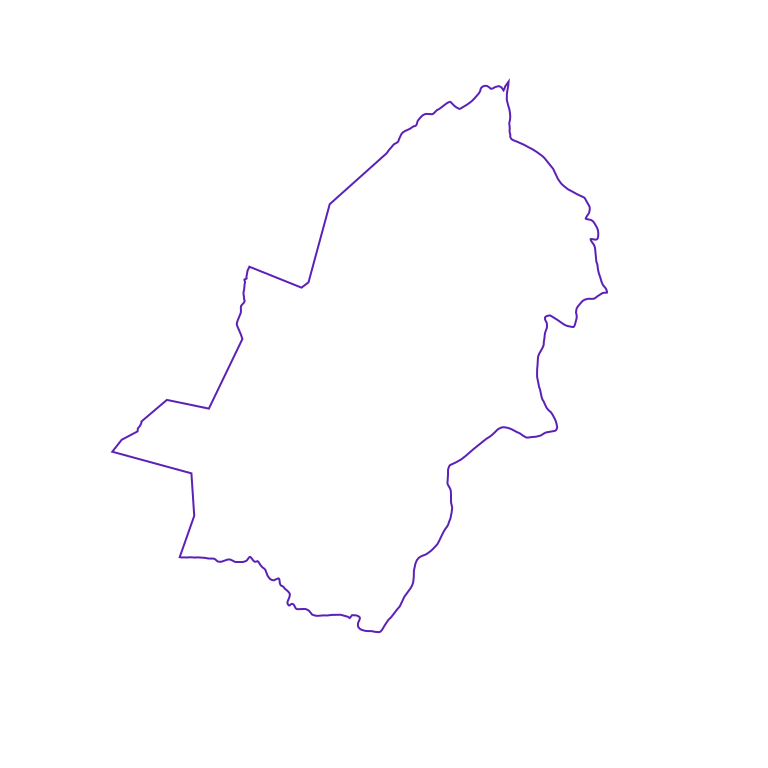 San Antonio de Flores, El Paraíso, Honduras, rotated 329°
{"feature_id": "27666195B39425544771184", "entity_name": "San Antonio de Flores", "entity_type": "district", "adm_level": 2, "iso_a3": "HND", "parent_name": "Honduras", "parent_adm1": "El Paraíso", "projection": "albers", "projection_center": [-86.823, 13.709], "detail": "fine", "context": "isolated", "style": "outline", "palette": "violet", "viewbox_px": 768, "rotation_deg": 329, "n_neighbors": 0, "source": "geoboundaries", "source_scale": "gbopen_adm2", "svg_char_len": 6166}
<svg xmlns="http://www.w3.org/2000/svg" viewBox="0 0 768 768"><g transform="rotate(329 384 384)"><path d="M622.1,420.5L622.5,420.1L622.9,419.1L623.3,417.1L623.2,415.4L622.9,413.4L622.7,412.1L622.9,409.3L624.2,404.3L625.2,399.7L626.5,395.7L628.4,391.6L629.1,388.3L634.4,377.3L635.1,375.5L635.4,374.2L635.6,372.7L635.3,368.8L635.3,367.4L635.5,366.7L635.7,366.3L636.3,366.4L637.1,367.0L638.7,368.5L640.0,369.4L640.8,369.6L641.6,369.5L642.6,368.9L644.1,367.1L645.5,364.8L646.5,362.5L646.9,361.0L647.1,359.1L647.2,354.3L647.0,352.5L646.5,351.1L645.7,349.8L642.4,346.8L642.1,346.2L642.2,345.9L643.8,344.9L648.0,342.9L649.8,340.9L651.0,339.2L651.4,338.0L651.6,337.0L651.8,328.1L651.7,327.5L651.2,326.6L647.2,320.7L645.8,318.2L641.9,311.7L640.6,308.2L639.4,304.7L639.0,302.4L638.7,297.7L639.8,286.8L638.0,273.6L637.6,271.7L637.2,270.3L634.4,263.7L632.1,259.1L630.0,255.8L627.2,251.0L623.2,245.3L620.3,241.5L619.5,240.0L619.3,238.9L619.4,237.8L619.6,237.0L620.8,235.1L621.1,233.7L621.6,232.5L622.4,231.1L623.6,229.4L625.7,224.9L627.3,223.3L629.0,221.2L630.1,219.5L631.3,217.1L632.9,213.3L634.0,208.9L635.4,204.3L635.8,203.4L638.4,199.1L640.4,196.6L644.2,192.2L646.5,189.0L641.0,191.4L640.4,192.0L639.2,193.0L637.7,193.9L637.5,191.0L637.3,190.1L636.9,189.2L635.8,187.8L632.9,186.9L632.0,186.7L629.9,186.7L628.8,186.5L628.1,186.2L627.6,185.8L627.3,185.3L627.2,184.4L626.9,183.7L625.9,181.7L624.5,180.6L623.2,180.1L621.7,179.9L619.9,180.2L619.0,180.7L617.6,182.2L615.1,183.7L610.2,185.3L605.6,186.6L603.0,187.0L599.0,187.3L591.6,187.3L590.7,187.2L590.1,186.8L588.4,183.9L587.5,181.6L586.4,176.9L586.2,176.4L585.8,176.1L584.3,175.8L582.5,175.7L572.9,176.7L570.2,176.5L566.6,177.5L564.8,177.7L564.2,177.5L563.4,177.0L560.5,175.0L558.8,174.0L557.3,173.7L555.7,173.6L554.3,173.9L552.5,174.3L548.7,175.7L547.7,176.4L546.0,178.1L544.6,178.9L543.6,178.9L542.1,178.4L540.3,178.4L537.7,178.6L532.3,178.0L530.6,178.0L529.3,178.2L527.9,178.6L526.6,179.4L523.4,181.6L521.4,183.2L520.8,183.6L518.6,183.8L517.3,183.7L516.5,183.6L515.8,183.7L510.9,185.3L508.2,186.2L505.9,187.3L504.5,187.7L430.1,201.9L371.6,258.0L362.9,258.9L329.0,214.1L327.9,215.0L326.0,216.1L325.2,216.8L322.0,220.5L321.3,221.2L321.0,221.8L320.8,222.5L320.6,222.8L320.1,222.9L319.5,222.6L318.7,222.6L318.2,222.6L317.9,222.8L317.8,223.2L317.7,224.3L317.2,225.3L316.1,226.4L313.8,229.6L312.5,231.3L311.0,232.8L310.4,233.7L309.5,235.4L308.7,237.7L307.7,239.3L307.5,240.7L307.1,241.3L305.9,242.1L302.3,243.2L301.7,243.5L300.3,245.3L299.0,247.8L297.7,249.4L291.0,254.4L289.0,256.3L288.2,257.9L286.8,268.0L285.8,272.5L221.2,314.9L189.7,285.8L156.8,291.2L156.4,292.0L154.8,293.3L152.4,294.6L150.6,295.1L149.8,295.7L148.4,297.7L130.4,296.7L116.2,302.1L172.9,361.4L153.4,399.3L119.7,427.2L121.2,428.5L123.4,429.7L125.5,431.1L128.8,432.8L132.4,435.3L135.4,436.9L141.1,440.9L143.5,443.1L148.0,445.9L148.4,446.3L149.0,447.4L150.0,450.3L150.6,451.0L151.3,451.6L152.5,452.3L153.6,452.7L158.9,453.8L160.2,454.2L161.2,454.8L162.2,455.8L164.8,459.9L170.7,463.5L171.5,463.9L172.8,464.3L175.0,464.7L176.0,464.4L178.9,463.2L179.8,463.1L180.2,463.3L180.6,464.3L180.9,466.4L181.1,468.5L181.4,469.4L181.8,469.8L182.4,470.2L183.3,470.5L184.3,470.7L184.5,470.9L184.6,471.3L184.8,472.4L184.8,474.8L185.1,477.2L185.3,478.3L186.2,480.4L186.6,482.2L185.5,488.1L185.6,490.4L186.0,492.7L187.0,494.3L188.4,495.5L193.1,496.1L193.5,496.4L193.7,496.9L193.6,497.5L193.4,498.3L192.1,501.2L191.9,502.2L191.8,503.0L192.1,504.1L193.0,505.2L193.3,506.0L193.5,506.9L193.5,508.3L194.3,510.3L194.9,512.3L195.2,513.9L195.2,515.2L194.6,516.4L193.0,518.1L189.6,520.6L188.7,521.5L188.3,522.3L188.2,522.9L188.2,523.9L188.4,524.7L188.7,525.1L189.4,525.2L190.7,524.9L191.5,524.9L191.9,525.1L192.6,525.7L193.0,526.7L192.8,530.8L193.1,531.6L193.5,532.1L194.2,532.7L200.4,536.1L201.5,537.3L202.4,538.6L203.0,540.1L203.6,544.6L204.7,546.0L206.3,547.6L208.0,548.7L213.0,551.2L216.0,553.1L220.6,555.2L227.9,559.4L229.0,560.5L233.2,565.0L234.1,567.0L237.6,565.7L241.1,568.1L242.6,570.1L243.0,571.7L242.5,572.6L241.0,573.9L239.6,574.8L238.6,575.6L237.1,577.8L236.8,579.3L237.2,581.3L238.0,582.9L239.2,584.3L241.0,586.1L242.3,587.1L246.2,589.5L248.3,591.5L250.5,593.2L252.3,594.3L253.5,594.4L254.6,594.1L256.4,593.4L260.2,591.3L266.1,588.5L269.6,587.7L273.9,586.1L278.5,584.2L282.9,582.8L291.8,576.9L302.3,572.4L304.8,570.8L306.8,569.1L310.1,564.8L313.5,559.4L318.6,554.0L321.5,551.9L324.4,550.9L326.3,550.8L328.6,551.0L331.5,551.6L334.3,551.6L338.2,551.2L340.7,550.7L347.0,548.9L349.5,547.5L358.9,541.4L361.9,539.8L364.4,538.8L366.3,537.8L369.4,535.2L371.4,533.7L372.7,532.4L374.2,530.6L375.7,529.1L378.7,525.2L379.1,524.3L380.4,520.2L384.8,512.7L386.3,509.8L386.6,508.6L386.8,507.4L386.9,503.0L387.1,502.2L387.5,501.4L392.3,494.5L394.7,490.5L396.8,488.6L398.4,487.6L399.7,487.6L403.8,488.1L407.4,488.3L411.0,488.4L413.0,488.2L417.1,487.7L426.6,486.0L437.4,484.5L443.6,483.7L447.6,483.6L449.7,483.4L454.2,482.5L457.1,481.7L458.2,481.5L460.0,481.5L461.8,481.7L463.4,482.2L464.8,483.0L466.7,484.6L468.3,486.2L470.2,488.7L473.0,493.4L475.2,496.6L476.6,500.0L477.9,502.3L478.6,503.3L479.6,504.0L483.4,505.6L487.2,507.5L490.5,508.5L492.4,508.9L495.1,508.8L497.7,508.9L506.4,512.2L507.7,512.1L508.9,511.5L509.8,510.7L510.5,509.6L512.0,504.9L512.4,502.3L512.7,497.1L512.6,494.9L512.4,493.7L511.5,491.0L511.1,488.0L511.9,480.6L511.8,479.3L512.0,477.9L512.3,476.6L515.0,468.8L515.4,466.5L518.9,456.8L521.0,453.2L523.1,449.9L525.4,446.8L529.0,441.5L530.1,440.1L531.4,438.9L532.6,438.0L538.6,434.6L540.6,433.1L541.3,432.3L542.7,430.2L544.9,427.6L548.1,423.4L550.3,421.5L551.9,420.3L552.6,419.6L553.8,417.9L554.8,415.9L555.0,415.1L555.1,413.0L555.4,411.4L555.9,410.4L556.5,409.8L557.4,409.6L558.6,409.6L561.1,410.4L561.8,410.9L562.3,411.8L565.6,418.2L568.6,425.0L569.5,426.6L570.4,427.9L571.2,428.8L574.1,431.5L575.3,432.5L575.8,432.7L576.2,432.7L576.9,432.4L578.3,431.4L583.3,426.5L584.7,423.9L585.0,423.2L585.1,422.3L585.4,421.6L586.5,420.2L588.0,418.5L588.9,418.0L590.3,417.3L595.9,415.4L597.3,415.1L598.4,415.1L599.9,415.2L601.7,415.7L603.3,416.3L605.7,417.9L608.1,419.1L609.9,419.0L612.6,418.7L618.2,418.6L620.6,419.6L622.1,420.5Z" fill="none" stroke="#5b21b6" stroke-width="2"/></g></svg>